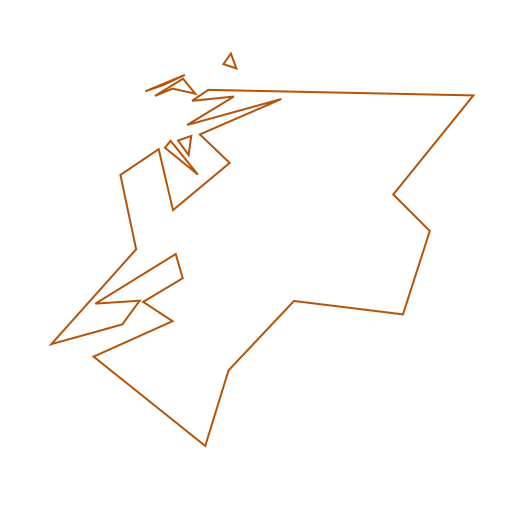 SVG path tracing the border of Nord-Trøndelag, rotated 10°
{"feature_id": "NOR-925", "entity_name": "Nord-Trøndelag", "entity_type": "County", "adm_level": 1, "iso_a3": "NOR", "parent_name": "Norway", "parent_adm1": "", "projection": "mercator", "projection_center": [11.396, 64.165], "detail": "coarse", "context": "isolated", "style": "outline", "palette": "amber", "viewbox_px": 512, "rotation_deg": 10, "n_neighbors": 0, "source": "natural_earth", "source_scale": "10m", "svg_char_len": 748}
<svg xmlns="http://www.w3.org/2000/svg" viewBox="0 0 512 512"><g transform="rotate(10 256 256)"><path d="M442.2,60.1L380.5,171.6L422.8,201.2L410.9,288.0L301.2,293.7L248.8,373.4L239.0,451.9L113.5,383.3L185.1,334.7L152.8,320.8L187.7,290.6L176.6,268.0L106.1,330.8L149.2,320.2L136.2,346.6L69.8,378.3L136.8,270.2L108.4,199.7L141.6,167.7L166.3,225.2L213.9,168.9L179.6,146.0L253.7,97.0L165.5,138.9L206.5,102.8L166.1,114.3L180.1,100.7L442.2,60.1ZM151.9,157.4L184.6,185.9L147.5,165.2L151.9,157.4ZM168.0,106.7L144.7,105.7L128.7,115.9L153.3,94.1L168.0,106.7ZM135.2,103.6L118.4,113.0L154.5,90.0L135.2,103.6ZM196.1,61.0L204.1,74.7L190.6,72.7L196.1,61.0ZM171.4,149.0L172.1,168.3L159.2,155.8L171.4,149.0Z" fill="none" stroke="#b45309" stroke-width="2"/></g></svg>